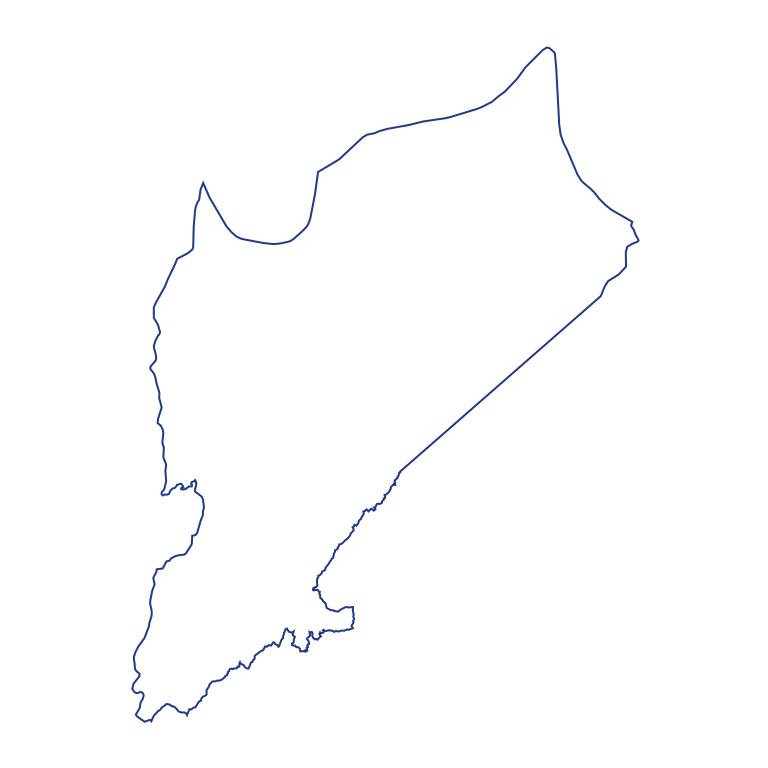 Bualapha, Khammouan, Laos (Albers equal-area conic projection), rotated 89°
{"feature_id": "54806243B82377713639337", "entity_name": "Bualapha", "entity_type": "district", "adm_level": 2, "iso_a3": "LAO", "parent_name": "Laos", "parent_adm1": "Khammouan", "projection": "albers", "projection_center": [106.234, 17.341], "detail": "fine", "context": "isolated", "style": "outline", "palette": "blue", "viewbox_px": 768, "rotation_deg": 89, "n_neighbors": 0, "source": "geoboundaries", "source_scale": "gbopen_adm2", "svg_char_len": 6154}
<svg xmlns="http://www.w3.org/2000/svg" viewBox="0 0 768 768"><g transform="rotate(89 384 384)"><path d="M717.5,629.2L715.8,624.1L715.9,623.5L717.2,622.5L712.7,620.5L710.1,618.6L708.5,616.7L707.3,616.0L706.3,614.0L703.1,611.3L702.7,610.2L700.2,607.3L700.5,604.8L700.9,603.7L702.7,601.4L702.5,600.5L704.0,598.2L707.8,595.0L709.0,591.9L708.8,589.5L710.1,587.3L711.5,586.7L705.7,584.2L706.0,582.3L704.2,580.2L704.2,578.4L698.4,574.7L697.3,572.3L695.9,572.4L693.7,570.8L692.0,567.2L691.2,566.8L687.0,566.8L683.3,564.2L681.7,563.9L678.8,561.3L678.3,560.0L678.4,557.8L677.6,556.0L677.8,554.0L676.6,551.1L673.9,547.9L673.3,547.8L672.4,546.0L670.6,545.6L670.2,545.0L669.0,545.0L668.6,544.2L666.3,543.1L666.0,541.4L666.5,540.3L665.8,539.3L665.8,536.7L665.6,536.1L664.7,535.8L663.9,534.9L664.3,534.2L664.0,533.6L660.6,533.4L659.7,532.9L661.0,532.5L661.2,531.6L661.8,531.2L662.3,529.5L664.6,528.1L665.9,526.2L666.2,524.6L664.5,523.6L660.3,522.0L659.5,520.2L658.3,520.1L656.7,518.3L655.7,518.0L654.4,518.3L653.2,517.7L649.0,511.9L648.0,509.5L644.3,507.4L644.7,505.8L643.8,505.0L643.7,504.3L643.0,503.4L643.6,501.5L640.3,499.1L640.6,498.2L641.9,497.4L643.0,496.1L643.3,494.9L644.6,494.3L645.5,494.6L644.3,493.5L638.2,491.1L637.1,490.3L636.5,489.3L634.7,489.5L632.7,488.5L631.3,488.5L630.1,487.7L628.4,487.3L626.9,486.0L626.9,485.2L628.5,484.7L629.0,483.9L630.1,483.2L631.0,480.5L629.9,478.7L632.8,479.7L633.7,479.4L635.3,477.5L637.8,478.6L640.4,478.8L641.4,479.3L641.9,480.6L643.3,480.6L644.1,479.1L643.9,477.5L645.7,476.2L645.5,474.6L646.2,473.6L647.7,472.5L649.4,472.6L649.9,472.2L649.8,469.3L648.9,467.7L650.3,467.3L649.3,465.3L646.6,466.0L645.7,464.6L644.9,464.7L644.5,465.3L643.0,464.7L642.5,463.3L640.0,463.8L637.5,465.5L636.4,464.9L634.6,462.4L630.6,462.8L631.3,461.6L630.7,460.7L631.0,460.2L631.9,459.8L634.2,460.2L636.6,459.2L638.1,457.6L637.7,456.5L638.5,454.9L636.4,453.1L635.3,451.5L633.0,453.0L631.1,452.2L632.1,451.3L631.3,448.6L630.4,448.5L629.2,449.4L628.7,448.8L629.7,447.6L630.0,446.8L629.2,442.6L629.8,441.1L629.7,440.0L631.0,438.2L630.1,436.6L630.7,433.5L629.8,431.0L630.0,428.0L628.7,425.1L629.2,423.4L628.6,422.5L627.7,419.4L625.3,420.7L622.0,418.7L620.4,419.0L618.3,418.0L616.1,418.8L613.9,418.3L610.3,419.1L606.5,418.9L606.8,423.7L606.4,424.7L606.4,426.3L609.0,431.7L610.8,433.6L610.1,437.9L609.4,438.5L609.2,441.2L606.9,445.2L602.2,446.3L600.1,448.7L598.2,449.6L597.0,451.4L593.5,451.6L593.2,452.2L592.4,452.3L590.8,451.8L590.5,452.6L588.6,454.1L589.1,458.2L588.7,458.6L587.8,458.6L586.6,457.9L586.8,457.1L586.0,456.6L585.8,455.3L584.4,454.2L579.3,454.5L577.2,454.0L576.6,453.3L574.6,453.1L574.2,451.9L572.7,450.0L570.2,448.9L569.3,446.6L568.5,445.9L566.6,445.6L562.4,442.1L561.0,441.5L559.5,440.1L557.9,439.3L556.9,437.9L552.7,437.0L550.7,435.9L549.2,435.6L548.7,434.2L547.7,433.1L546.7,433.1L545.7,432.2L543.6,431.5L543.1,429.4L542.1,428.0L539.5,425.5L538.9,424.3L537.1,422.4L534.7,420.5L533.0,420.0L529.9,417.0L528.4,417.0L526.7,417.9L526.1,416.7L524.4,416.2L524.2,415.7L525.2,414.1L523.2,412.3L520.1,411.4L518.6,409.4L516.3,408.5L514.5,407.0L513.1,406.5L511.0,406.8L510.5,404.9L509.1,403.8L509.3,403.1L511.1,401.7L508.6,399.3L508.8,398.4L510.4,396.4L509.1,394.8L507.3,396.1L507.2,394.8L504.1,393.4L503.5,391.9L503.8,391.2L503.7,389.5L502.8,388.2L501.8,388.2L500.7,387.5L499.6,386.2L498.3,386.2L497.7,384.8L496.2,384.9L495.1,385.4L494.6,384.0L492.4,381.2L489.1,379.2L487.2,378.9L484.8,376.5L485.2,374.5L484.4,374.6L483.8,375.7L482.9,374.8L480.7,375.1L478.0,372.0L477.0,372.2L475.8,371.0L473.2,370.4L472.6,370.0L472.6,369.3L471.7,369.2L299.9,165.7L290.5,161.7L285.1,158.2L278.4,147.2L270.9,140.0L256.2,139.9L250.9,138.3L248.0,133.0L246.4,128.5L245.2,127.0L243.9,127.3L239.3,129.8L233.8,131.8L230.6,134.0L229.4,134.0L226.2,132.9L214.0,153.3L208.8,159.6L202.4,165.7L196.5,170.1L192.4,174.1L185.7,181.7L183.8,183.4L177.9,186.9L152.6,197.1L146.6,200.1L138.1,203.0L127.2,204.3L73.0,206.2L57.2,207.3L55.8,207.6L51.3,212.4L50.5,214.6L50.6,215.7L53.0,219.6L69.7,236.9L81.2,245.6L93.8,258.1L98.3,264.5L103.8,271.2L108.8,281.5L110.5,285.9L118.3,313.2L119.4,318.6L122.2,340.2L125.5,354.8L129.0,376.4L131.3,384.8L133.1,389.1L134.4,396.5L137.0,401.0L158.7,425.0L170.8,446.2L193.5,449.8L217.6,454.9L223.1,457.1L225.5,458.7L229.7,462.9L237.3,471.7L239.4,475.1L240.2,477.6L241.6,485.0L242.2,491.4L241.8,495.5L240.9,502.1L237.2,520.4L236.1,524.7L233.9,529.1L229.3,534.1L223.9,538.6L194.7,555.1L179.9,561.3L186.4,564.0L196.5,565.6L199.3,567.4L203.7,569.2L207.4,569.9L223.0,571.5L243.9,572.4L246.1,573.2L249.7,577.7L255.2,588.6L260.3,590.7L275.7,598.4L283.2,601.6L298.2,610.4L303.3,612.8L313.9,613.0L321.0,608.9L328.3,607.0L330.1,607.6L331.9,609.2L336.3,611.6L342.0,613.5L344.9,613.1L349.8,611.8L353.7,611.3L355.9,611.6L357.8,612.8L361.6,616.5L363.5,617.4L365.0,617.3L369.6,613.8L372.7,612.7L379.7,611.3L388.9,608.7L394.1,609.0L403.6,606.7L414.9,610.5L419.1,611.0L422.0,607.7L426.2,605.9L429.9,605.5L438.0,606.6L441.4,606.1L443.3,605.2L453.8,605.9L459.4,603.6L461.7,603.2L466.6,604.1L477.6,603.5L485.7,605.7L487.9,607.8L489.4,608.4L490.5,608.2L491.6,607.0L490.7,605.5L490.8,602.8L490.4,601.1L486.6,599.2L485.6,598.2L484.8,597.2L484.3,595.1L482.4,593.3L481.3,592.9L480.1,588.8L481.3,587.6L483.6,586.4L484.3,588.3L485.0,588.7L485.6,588.6L486.0,587.2L485.5,584.0L483.2,581.2L483.0,578.0L481.5,577.7L480.4,578.6L478.6,577.9L478.1,575.7L476.8,574.6L479.1,573.5L481.0,573.4L487.5,575.1L488.3,574.7L493.3,568.3L496.3,567.0L504.3,566.1L507.5,567.1L512.3,567.5L517.2,569.6L529.2,573.3L531.1,574.5L531.9,575.7L532.4,578.4L539.7,578.9L541.4,579.3L550.2,585.2L551.1,586.8L551.7,592.6L552.5,595.6L554.5,599.7L557.0,601.7L557.6,604.6L564.6,608.5L565.3,614.4L568.2,615.0L573.4,617.9L574.5,618.0L580.4,616.9L586.9,619.4L596.1,621.4L599.8,621.7L605.8,620.4L609.7,620.2L612.4,620.6L618.8,622.8L622.0,623.2L633.8,627.9L641.9,634.0L647.5,637.1L652.1,638.7L654.9,638.9L658.2,638.3L664.7,637.9L666.5,636.8L669.5,633.5L672.0,633.7L679.2,639.6L684.3,641.0L687.5,639.1L688.7,637.0L688.6,635.3L687.6,632.9L688.2,631.3L689.8,630.1L691.3,629.7L694.4,630.6L698.4,633.0L703.8,633.9L710.2,637.9L711.4,637.3L713.2,635.3L717.5,629.2Z" fill="none" stroke="#1e3a8a" stroke-width="2"/></g></svg>